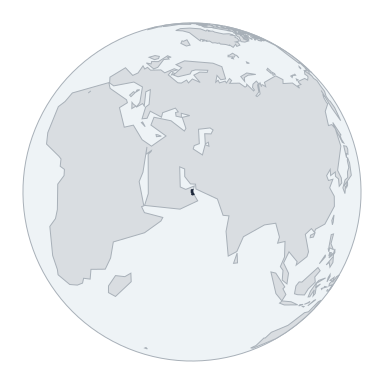 globe centered on Al Batnah North, rotated 25°
{"feature_id": "OMN-2424", "entity_name": "Al Batnah North", "entity_type": "Region", "adm_level": 1, "iso_a3": "OMN", "parent_name": "Oman", "parent_adm1": "", "projection": "orthographic", "projection_center": [56.548, 24.234], "detail": "fine", "context": "on_globe", "style": "filled", "palette": "slate", "viewbox_px": 384, "rotation_deg": 25, "n_neighbors": 0, "source": "natural_earth", "source_scale": "10m", "svg_char_len": 10409}
<svg xmlns="http://www.w3.org/2000/svg" viewBox="0 0 384 384"><g transform="rotate(25 192 192)"><circle cx="192" cy="192" r="169" fill="#eef3f6" stroke="#a8b0b8"/><path d="M245.3,31.7L247.5,32.5L245.2,31.8L237.3,29.4L235.6,29.1L240.3,30.6L240.9,31.3L234.3,29.1L234.7,30.2L221.5,27.4L205.7,23.9L196.6,23.7L175.7,24.0L175.8,24.1L167.9,25.1L165.2,25.8L162.1,26.1L162.5,26.5L165.9,26.1L167.2,26.2L165.9,26.8L161.7,27.1L161.8,26.9L159.9,27.3L158.3,27.3L158.3,27.6L153.4,28.3L156.3,28.5L150.7,29.8L148.0,30.0L150.9,28.8L151.6,27.9L163.2,25.5L175.0,23.9L186.9,23.1L198.7,23.2L210.6,24.1L222.3,25.8L233.9,28.3L245.3,31.7ZM124.3,37.2L130.2,34.8L130.8,34.6L136.2,32.9L132.5,34.6L126.0,37.4L121.4,39.1L118.4,40.5L120.4,40.4L109.6,45.5L98.5,52.8L96.0,54.2L95.4,53.7L101.1,49.6L112.5,42.9L124.3,37.2ZM88.4,58.5L89.4,57.8L86.7,59.9L86.9,59.7L88.4,58.5ZM248.3,32.7L249.8,33.2L250.3,33.5L248.3,32.7ZM137.8,32.2L137.0,32.5L136.4,32.6L137.8,32.2ZM140.9,31.2L142.3,30.6L140.9,31.2ZM247.3,32.9L247.7,33.4L245.9,32.4L247.3,32.9ZM140.7,31.5L144.9,29.9L147.5,29.1L149.7,28.9L140.7,31.5ZM247.1,33.4L248.2,35.1L251.6,36.2L242.6,34.5L244.6,33.3L241.9,31.8L245.1,33.0L247.1,33.4ZM167.5,25.8L163.9,26.2L168.1,25.4L167.5,25.8ZM169.9,25.3L181.1,23.6L185.8,23.6L181.1,24.0L188.2,24.0L185.0,24.7L180.4,24.9L178.0,24.7L178.6,25.2L169.9,25.3ZM237.4,33.5L236.5,33.7L236.0,33.0L237.4,33.5ZM168.1,26.3L169.9,25.8L174.1,25.7L171.2,26.7L170.8,26.3L168.1,26.3ZM191.7,23.7L194.3,24.0L192.4,24.7L193.2,24.9L185.4,24.8L191.7,23.7ZM169.2,26.6L169.6,27.2L166.5,27.8L166.6,26.8L169.2,26.6ZM176.5,25.3L178.3,25.4L176.3,25.6L176.5,25.3ZM155.4,30.9L157.5,30.0L159.9,29.8L155.4,30.9ZM170.0,27.4L171.1,27.2L172.3,27.1L171.9,27.6L170.0,27.4ZM184.6,25.4L183.3,25.7L187.7,25.4L186.5,26.1L181.5,26.0L183.1,26.4L182.7,26.6L179.1,26.3L184.6,25.4ZM175.1,28.0L168.4,28.5L163.9,30.0L161.7,30.2L169.2,27.7L175.1,28.0ZM177.8,27.0L175.6,27.6L173.9,27.3L174.3,26.7L177.8,27.0ZM187.4,26.8L190.6,25.7L191.6,25.8L187.4,26.8ZM174.2,28.5L175.8,28.4L174.1,28.6L174.2,28.5ZM183.7,27.3L184.7,26.8L185.8,26.9L183.7,27.3ZM178.3,28.7L176.1,28.8L176.3,28.3L178.3,28.7ZM181.1,28.1L182.3,28.4L177.7,28.1L181.3,27.8L181.1,28.1ZM184.6,27.5L185.6,27.4L184.0,27.7L184.6,27.5ZM178.8,30.7L172.9,30.4L173.4,29.3L179.0,29.6L178.8,30.7ZM36.2,199.1L34.8,171.1L38.7,163.7L41.7,152.8L70.4,128.0L74.0,132.7L93.7,136.1L95.7,138.4L90.6,146.2L103.2,161.9L110.6,156.2L124.7,165.7L135.9,167.6L144.8,152.2L126.5,148.7L126.0,140.3L142.9,136.3L159.3,140.0L159.6,136.9L151.6,128.5L157.7,123.7L149.0,125.2L150.8,128.8L145.5,130.0L143.5,126.9L145.7,125.2L141.5,123.0L131.9,132.5L132.7,137.1L120.0,136.4L120.1,144.2L115.8,146.8L114.1,134.6L116.1,130.8L111.0,116.8L107.8,120.7L112.4,134.3L109.9,132.7L105.6,138.8L106.9,132.9L102.7,117.7L92.9,116.9L76.2,128.9L71.3,128.0L69.1,122.6L79.2,107.5L89.0,111.4L92.8,106.9L94.3,98.4L97.2,100.5L99.0,97.8L103.0,99.1L112.2,94.5L116.9,95.5L123.8,87.8L127.1,87.5L122.1,91.9L121.0,95.9L133.0,99.0L136.3,97.8L139.8,92.8L142.7,94.6L144.6,89.4L153.1,89.3L144.3,85.3L148.3,80.1L155.2,77.2L154.9,75.0L143.6,79.8L140.5,82.5L140.4,85.8L130.6,93.5L125.8,93.8L130.1,83.7L123.7,83.3L129.8,76.3L156.6,66.4L166.1,65.8L174.7,75.3L170.6,78.1L165.4,75.8L167.1,82.5L168.4,79.7L170.8,81.5L175.2,77.5L177.1,78.6L178.0,73.3L180.8,74.2L180.2,77.6L189.0,73.3L195.7,74.5L196.8,73.1L196.1,71.2L205.1,74.4L205.5,73.2L202.7,71.7L201.7,68.5L203.4,64.3L206.4,65.6L206.2,67.3L210.3,73.1L209.3,77.8L210.7,78.0L212.3,74.3L207.3,67.1L207.5,64.3L210.5,67.3L209.4,65.9L210.5,65.0L214.3,65.4L211.3,62.0L218.7,51.4L226.9,51.7L228.7,55.2L237.0,50.8L245.6,52.5L243.0,50.9L245.3,48.5L242.6,47.8L241.5,46.9L246.1,41.5L249.5,41.7L248.5,38.6L247.2,37.9L244.6,37.6L242.6,34.5L251.6,36.2L254.2,37.6L258.1,38.2L263.4,41.4L269.6,44.7L273.1,48.6L277.7,51.3L278.7,51.3L285.7,55.3L296.6,64.5L283.4,56.9L266.1,45.4L272.8,49.8L269.9,49.0L271.5,50.8L276.3,54.2L277.7,54.5L278.7,62.6L287.6,74.1L290.2,71.8L295.0,74.0L307.5,87.5L314.8,110.8L321.3,116.1L323.9,120.5L323.0,124.6L319.2,118.2L315.4,117.2L313.4,113.3L310.7,118.5L307.7,113.1L307.1,120.3L310.8,123.9L314.3,120.9L315.0,130.0L322.7,135.7L327.1,144.8L326.0,164.9L319.7,173.5L320.0,176.8L315.7,174.7L312.6,182.5L322.9,197.0L323.5,202.0L317.3,214.3L316.7,210.7L305.2,205.2L305.0,217.6L313.8,224.8L316.9,235.2L311.0,233.7L307.6,224.6L303.6,222.3L303.3,211.8L297.2,197.5L291.2,202.2L290.3,195.9L281.1,184.9L271.6,191.2L257.5,210.8L257.8,227.0L251.9,234.8L239.5,213.3L235.6,198.0L230.0,200.0L218.0,187.6L194.3,187.6L191.9,183.4L187.2,185.3L178.9,181.1L175.6,174.2L170.2,174.4L179.2,192.4L185.2,192.3L191.5,185.6L192.8,192.0L200.9,197.6L188.4,212.6L154.7,224.2L153.1,212.0L136.3,176.3L137.8,172.7L137.8,172.2L137.7,171.5L134.4,177.2L132.1,170.2L139.2,194.8L139.7,204.9L154.2,224.9L152.5,226.6L157.6,230.8L176.3,227.4L176.1,231.4L166.2,249.0L141.8,270.5L146.1,286.2L146.0,298.6L133.1,304.8L136.5,314.0L130.2,316.0L131.3,320.8L127.5,324.8L120.3,327.5L105.6,323.6L102.8,319.2L92.6,308.5L77.7,283.3L79.5,273.8L77.4,264.8L67.0,241.6L69.1,231.2L66.8,225.4L61.7,224.4L59.3,217.4L56.4,215.9L39.9,210.0L36.2,199.1ZM57.6,143.1L56.1,146.2L57.6,143.1ZM174.9,152.5L185.8,154.0L183.9,143.5L188.0,143.4L185.8,140.0L183.7,142.8L178.9,133.8L184.7,131.3L184.9,126.9L181.3,126.3L171.4,132.4L178.2,145.1L174.4,149.0L174.9,152.5ZM87.1,60.6L82.8,64.0L85.8,61.4L84.9,61.8L90.2,57.3L95.1,54.8L91.9,56.6L87.1,60.6ZM98.6,51.3L94.7,54.0L98.7,51.1L98.6,51.3ZM105.1,82.9L105.3,85.2L102.1,87.9L96.2,88.0L100.8,84.0L105.1,82.9ZM106.4,88.1L112.3,78.8L116.2,78.7L113.0,80.2L115.0,81.2L110.4,83.9L108.3,93.5L105.3,96.6L96.1,94.3L100.8,93.2L100.3,90.8L106.4,88.1ZM120.5,59.1L123.1,56.2L128.2,59.7L125.2,62.1L119.1,62.0L119.1,59.2L120.5,59.1ZM143.7,32.0L144.3,31.5L145.5,31.3L145.9,31.5L143.7,32.0ZM156.2,30.5L141.9,34.4L142.0,33.9L133.6,37.4L130.5,37.5L136.0,35.1L127.3,38.1L131.0,36.1L125.1,38.4L137.8,33.1L140.8,31.8L138.6,33.1L141.4,33.0L143.6,32.5L151.8,30.3L159.7,27.7L163.7,27.6L164.5,28.2L163.2,28.7L161.0,28.6L160.9,29.5L156.7,29.7L156.2,30.5ZM171.1,41.1L169.1,39.6L168.2,43.5L164.0,42.9L164.1,43.4L160.0,44.1L155.2,45.9L153.7,45.4L152.5,46.4L149.8,47.0L147.6,48.2L144.2,47.8L141.3,49.4L141.3,48.4L137.2,51.3L138.7,49.0L135.3,49.9L135.6,51.6L122.3,48.7L115.5,49.9L109.0,52.5L112.5,48.8L120.7,44.4L130.7,40.6L136.7,40.2L137.1,38.8L140.1,38.4L138.5,39.6L142.8,37.4L144.9,37.5L153.7,35.5L158.7,32.9L162.0,32.3L161.1,33.3L165.1,32.1L165.7,33.7L168.1,33.5L171.1,35.1L168.0,37.6L170.9,37.2L173.3,38.7L171.1,41.1ZM179.4,31.2L176.6,33.8L172.9,35.0L169.3,31.8L167.0,31.8L164.5,30.3L169.9,28.7L170.1,29.3L171.6,29.5L169.3,29.8L172.2,29.7L172.6,30.5L175.0,30.7L173.4,31.5L179.4,31.2ZM99.7,136.1L101.6,137.1L104.9,137.8L102.2,141.8L99.7,136.1ZM96.6,125.8L98.5,125.9L96.4,131.4L94.5,130.6L96.6,125.8ZM101.4,121.4L98.8,125.4L99.1,122.7L101.4,121.4ZM124.1,91.9L126.3,91.8L125.9,93.1L123.8,94.6L124.1,91.9ZM167.5,54.2L166.9,52.8L168.0,52.4L170.1,49.1L173.4,49.5L173.4,51.7L167.5,54.2ZM140.6,154.4L136.4,156.9L135.1,155.1L136.9,154.6L140.6,154.4ZM117.6,149.4L122.0,152.6L116.8,150.5L117.6,149.4ZM171.4,54.1L171.9,52.6L173.3,53.8L171.4,54.1ZM175.9,49.7L177.8,50.7L174.0,49.2L175.9,49.7ZM216.0,352.4L217.9,353.1L215.1,353.4L216.0,352.4ZM174.8,299.0L166.8,319.0L158.8,318.5L156.0,312.4L158.0,300.1L166.9,297.1L170.9,291.4L174.8,299.0ZM339.7,249.2L341.9,248.4L341.7,249.1L339.7,249.2ZM337.5,248.4L340.2,246.9L336.8,250.2L337.5,248.4ZM341.3,246.3L344.0,243.2L345.2,241.2L344.8,242.8L341.3,246.3ZM335.5,249.6L323.4,255.4L318.3,255.7L319.8,252.6L328.2,249.6L335.5,249.6ZM319.4,252.7L311.0,248.6L297.3,231.1L302.2,230.1L316.2,238.8L315.3,241.3L320.4,245.2L319.4,252.7ZM338.3,230.7L337.4,237.8L331.0,240.5L327.9,240.9L325.9,233.2L327.1,228.2L329.7,227.2L338.1,207.2L341.4,209.2L339.2,217.1L341.8,221.6L338.3,230.7ZM258.7,228.3L263.2,237.0L259.8,239.1L258.7,228.3ZM340.2,194.6L337.7,203.2L339.5,192.5L340.2,194.6ZM340.5,185.1L341.3,188.4L339.4,185.9L340.5,185.1ZM321.1,181.5L318.4,183.5L317.7,181.1L320.8,177.2L321.1,181.5ZM330.4,152.7L332.7,159.7L333.1,162.4L330.7,158.7L330.4,152.7ZM200.1,58.5L193.5,62.4L191.0,66.2L193.0,69.5L187.4,66.8L191.3,61.0L200.1,58.5ZM216.1,52.0L214.3,49.6L216.9,49.8L217.7,50.4L216.1,52.0ZM213.7,51.1L208.1,49.7L208.3,47.9L212.7,49.3L213.7,51.1ZM189.6,51.1L187.4,52.1L186.4,51.1L189.6,51.1ZM329.8,289.7L313.5,307.6L311.1,308.6L314.9,304.1L318.9,293.9L320.0,293.5L323.2,285.6L335.4,272.2L345.0,253.8L348.2,251.3L352.7,238.4L354.8,235.5L352.2,244.7L352.2,245.7L347.8,257.3L342.6,268.5L336.6,279.4L329.8,289.7ZM345.0,246.2L348.4,238.7L349.8,237.1L345.0,246.2ZM358.3,221.9L357.1,225.2L358.0,221.1L358.3,216.8L355.8,219.3L355.3,217.0L356.6,213.4L354.4,213.7L356.9,209.2L357.5,214.4L358.8,207.6L360.0,205.7L360.5,204.7L360.5,204.9L358.3,221.9ZM356.0,223.3L356.4,222.8L355.9,225.2L356.0,223.3ZM351.0,223.6L350.7,225.5L350.0,224.9L351.0,223.6ZM352.1,221.5L354.3,221.1L351.8,223.3L352.1,221.5ZM343.4,222.2L344.3,225.8L347.3,221.0L345.0,226.5L346.6,232.0L345.7,235.1L344.2,229.0L343.0,237.2L341.6,238.0L341.3,231.8L342.9,222.8L344.3,218.5L349.4,213.4L343.4,222.2ZM352.3,216.4L351.6,212.0L352.0,208.3L352.8,210.2L352.3,216.4ZM348.8,201.9L346.1,197.8L344.4,201.4L347.3,190.5L349.5,196.3L348.8,201.9ZM345.5,190.7L343.9,194.0L345.1,188.0L345.5,190.7ZM343.1,192.4L342.3,188.6L343.9,188.1L343.1,192.4ZM346.5,190.2L345.6,183.2L347.1,186.6L346.5,190.2ZM339.8,180.1L344.4,184.4L339.5,184.5L336.2,171.8L338.0,170.2L339.8,180.1ZM330.2,122.4L328.0,119.2L328.8,117.4L330.1,120.0L330.2,122.4ZM329.3,109.5L328.3,115.9L327.1,121.5L328.9,122.3L331.3,128.8L327.0,124.5L325.6,116.3L327.0,113.1L324.4,108.0L323.7,103.4L319.5,97.9L318.3,94.9L322.5,99.0L329.3,109.5ZM317.6,95.7L309.9,85.9L312.7,85.3L315.0,87.3L317.4,91.9L315.8,91.9L317.6,95.7ZM308.9,83.5L307.3,83.5L292.6,72.0L290.2,69.5L302.8,77.3L302.0,77.8L305.1,81.0L308.9,83.5ZM238.3,34.3L236.7,33.8L238.3,33.9L238.3,34.3ZM240.0,46.7L238.8,45.5L240.7,45.5L240.0,46.7ZM236.6,42.4L235.2,43.2L235.4,41.8L236.6,42.4ZM232.5,45.2L234.1,43.2L234.4,45.9L232.5,45.2Z" fill="#d9dde1" stroke="#a8b0b8" stroke-width="1"/><path d="M190.7,190.5L190.8,190.5L190.9,190.4L191.0,190.3L191.0,190.2L191.3,190.1L191.4,189.9L191.6,189.8L191.6,190.0L191.8,190.4L191.8,190.5L192.2,191.2L192.2,191.3L192.4,191.4L192.7,191.8L192.8,191.9L192.8,192.0L193.1,192.3L193.4,192.6L193.6,192.8L194.1,193.0L194.6,193.2L194.3,193.7L194.0,194.0L193.7,194.2L192.9,194.2L192.6,193.2L191.8,192.5L191.4,192.3L191.4,192.0L191.1,191.1L190.7,190.7L190.7,190.5Z" fill="#64748b" stroke="#1e293b" stroke-width="1.5"/></g></svg>